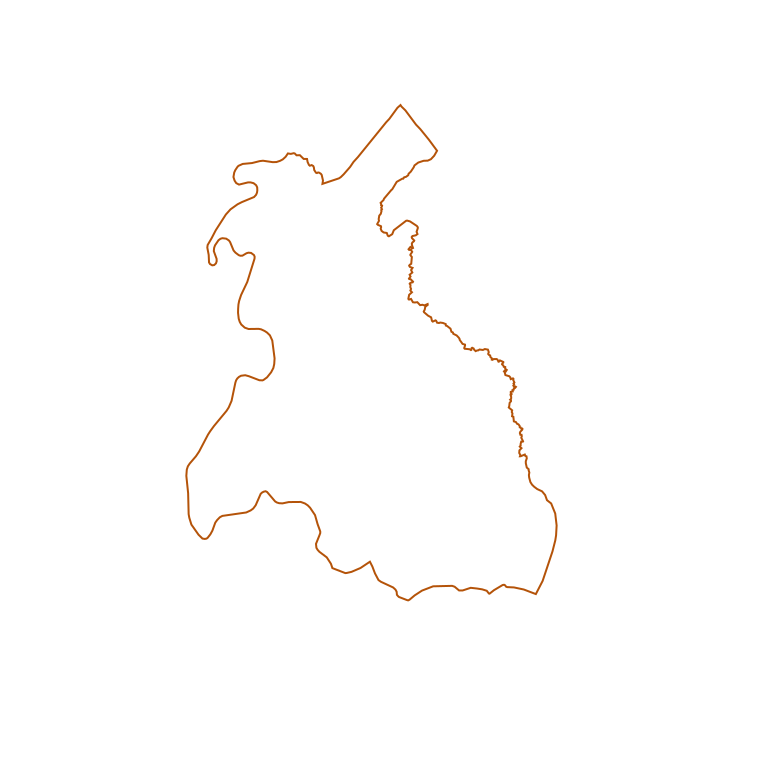 outline of Kho Wang, Yasothon, Thailand, rotated 217°
{"feature_id": "78962969B41182893355114", "entity_name": "Kho Wang", "entity_type": "district", "adm_level": 2, "iso_a3": "THA", "parent_name": "Thailand", "parent_adm1": "Yasothon", "projection": "natural_earth1", "projection_center": [104.347, 15.375], "detail": "fine", "context": "isolated", "style": "outline", "palette": "amber", "viewbox_px": 768, "rotation_deg": 217, "n_neighbors": 0, "source": "geoboundaries", "source_scale": "gbopen_adm2", "svg_char_len": 6166}
<svg xmlns="http://www.w3.org/2000/svg" viewBox="0 0 768 768"><g transform="rotate(217 384 384)"><path d="M538.7,616.7L539.5,612.7L539.3,599.0L539.8,594.2L541.4,549.5L542.0,543.0L541.7,537.0L542.4,527.2L543.0,523.3L543.7,521.2L553.6,506.8L555.2,509.8L559.6,513.5L561.0,513.9L563.2,513.7L564.0,513.2L564.5,512.1L565.5,511.8L568.5,512.9L570.4,514.8L571.7,515.5L573.5,515.3L574.6,513.7L575.8,513.8L578.6,515.3L580.9,517.4L583.6,515.4L588.9,516.1L591.5,514.0L594.0,514.4L595.0,514.0L596.9,511.7L599.5,510.3L599.3,506.3L600.0,502.5L601.3,499.7L603.5,496.5L606.4,494.2L615.0,489.5L617.4,487.2L622.4,481.0L629.3,474.7L631.5,470.7L631.7,469.4L631.5,465.5L630.9,462.8L628.8,458.7L625.7,456.5L622.9,455.5L619.8,456.0L613.9,463.2L611.9,464.7L609.0,465.9L605.7,465.8L603.6,464.7L601.7,462.4L600.6,460.4L600.0,458.1L600.3,455.1L607.0,443.7L609.1,439.4L611.7,431.1L612.3,424.2L610.9,405.5L609.4,396.6L608.5,388.9L607.2,386.6L601.7,381.6L596.9,375.8L595.2,375.1L592.6,375.4L591.2,376.8L590.8,379.2L591.5,381.3L593.0,383.2L599.9,387.7L601.6,390.5L602.4,393.1L602.7,399.2L602.0,401.6L600.8,403.2L597.5,405.1L594.2,405.3L592.3,404.7L584.5,400.1L581.7,399.5L577.5,399.5L575.9,400.0L574.3,401.3L572.5,405.7L571.3,407.3L569.0,408.7L565.4,408.7L563.9,407.8L562.8,406.1L554.6,383.2L551.7,369.1L549.7,363.2L548.1,359.9L545.7,356.2L543.4,353.0L539.3,348.7L536.6,346.8L533.8,345.6L529.1,345.2L525.3,346.4L517.3,352.6L515.1,353.7L511.3,354.5L508.4,354.7L504.4,354.2L499.4,351.5L486.8,338.6L483.7,333.9L482.0,330.2L481.2,325.4L481.4,318.9L482.7,314.6L483.3,313.7L485.8,312.0L496.6,308.9L500.1,307.5L503.1,304.6L504.1,302.4L504.5,300.1L504.3,297.9L503.5,295.6L495.6,278.8L493.9,271.8L493.6,267.8L494.5,248.1L494.4,241.7L494.1,237.7L491.0,218.8L490.7,213.1L491.3,203.6L491.1,200.2L490.0,197.0L486.6,191.7L474.7,178.9L461.7,162.5L459.0,160.0L453.2,155.8L441.4,152.0L436.0,151.3L433.9,152.4L432.7,153.7L432.3,154.9L432.2,159.4L432.8,163.6L435.3,171.7L435.4,174.8L434.9,178.8L433.7,181.4L416.7,198.5L414.4,202.8L413.5,205.8L413.5,209.9L416.4,222.1L416.0,224.1L415.2,225.7L414.0,227.1L412.4,227.4L400.3,224.7L398.2,224.9L396.0,225.7L393.2,227.6L389.0,232.4L379.5,239.7L375.3,241.0L371.9,241.2L368.6,240.7L360.2,237.8L352.8,232.2L346.2,227.9L345.2,226.6L344.5,224.3L342.1,215.4L339.4,212.5L337.2,211.6L334.6,211.1L325.4,211.1L318.2,208.5L314.4,205.9L301.1,209.7L300.1,210.6L296.9,214.4L292.0,223.0L288.3,233.6L283.4,231.2L277.2,227.3L270.4,224.1L267.4,224.2L254.3,227.0L251.1,226.7L248.9,225.7L246.8,223.4L245.0,223.0L243.9,222.9L235.8,225.2L234.5,225.7L233.8,227.1L232.3,233.6L229.3,241.9L223.0,252.0L208.1,263.8L205.6,264.6L199.8,264.3L196.9,266.5L192.1,273.4L186.7,276.6L182.0,279.1L177.5,280.7L174.1,279.8L173.5,280.1L172.1,285.5L168.3,294.8L167.3,295.9L166.3,296.1L164.3,295.6L163.3,296.0L157.7,299.8L148.7,304.0L136.3,307.6L138.8,322.2L148.7,351.7L153.1,362.2L155.5,366.7L161.0,374.9L169.3,383.6L178.6,389.2L183.9,389.3L188.5,392.3L193.2,393.4L198.4,392.3L202.2,392.3L205.2,392.7L208.1,393.8L211.7,396.6L213.5,398.5L214.6,400.7L216.5,402.1L217.2,403.0L219.7,403.2L223.1,406.1L224.3,407.7L225.2,410.5L226.7,412.0L227.9,411.6L229.1,412.4L231.4,408.5L231.9,408.1L232.3,409.3L234.5,410.3L235.9,412.5L235.6,415.5L237.9,415.7L237.9,417.2L238.7,418.1L239.7,420.5L238.4,421.5L238.4,421.9L242.0,423.7L242.5,425.2L243.6,426.2L244.5,425.5L246.0,426.6L246.4,427.9L246.1,430.7L246.4,431.5L246.9,431.6L247.6,431.0L248.7,431.5L249.5,431.1L250.5,432.2L252.4,432.7L253.8,432.3L255.7,433.0L257.8,432.3L261.0,435.7L262.3,435.3L263.7,437.8L265.1,438.5L265.8,440.1L270.2,440.3L270.7,441.8L272.3,444.5L272.2,446.7L272.7,447.3L273.8,447.4L273.6,448.7L274.6,450.2L276.5,451.5L276.5,451.9L275.9,452.2L276.0,452.8L277.3,453.0L278.0,454.0L276.7,455.5L277.7,456.4L277.0,457.5L277.7,458.6L277.0,459.5L276.9,461.1L277.6,461.1L278.6,460.3L279.7,460.5L279.9,462.1L280.9,462.4L280.8,463.7L283.1,464.9L283.7,466.0L284.4,466.1L285.7,464.2L287.2,465.3L288.6,465.6L292.4,464.2L294.7,466.0L295.8,466.3L295.6,467.1L294.3,467.3L294.4,469.1L296.4,469.1L297.4,470.5L298.7,469.8L299.8,470.6L301.5,470.7L301.8,471.3L301.6,472.9L302.0,473.4L305.6,472.6L305.7,470.9L306.0,470.7L308.1,471.8L309.1,471.7L311.4,469.9L311.9,468.6L312.6,468.3L313.3,469.4L315.3,469.6L316.4,470.7L317.8,470.4L318.9,470.7L319.5,472.5L321.7,474.0L324.5,472.6L325.5,470.7L328.5,469.0L329.0,467.5L329.7,467.0L330.6,465.4L332.8,465.7L333.8,466.3L335.4,466.0L335.6,465.4L334.8,463.8L335.0,463.4L336.5,463.3L340.8,460.7L341.6,461.0L342.4,463.5L343.0,464.2L345.4,463.3L350.1,464.8L351.0,465.6L352.2,466.0L355.2,466.5L358.8,465.8L360.0,466.6L361.6,466.3L364.2,468.2L368.6,468.3L369.8,467.9L370.8,469.0L373.7,468.2L376.1,466.9L376.8,465.8L378.5,464.9L380.4,465.9L381.2,465.8L382.6,463.2L383.7,463.3L386.5,465.6L389.9,465.1L395.2,465.4L395.9,465.8L396.2,467.8L397.5,470.5L396.7,473.5L397.3,474.1L399.0,471.1L401.0,470.4L402.6,468.7L406.6,469.4L408.5,467.6L410.1,466.7L413.6,468.2L414.8,466.5L415.3,466.4L415.9,466.8L417.6,470.4L416.9,474.1L419.2,474.5L419.6,476.2L421.3,477.2L422.4,479.0L423.8,479.5L423.8,480.6L422.3,482.5L422.4,483.2L425.8,483.7L427.0,483.0L427.5,483.2L427.5,485.8L429.3,486.7L428.5,490.1L430.9,491.3L431.1,493.9L433.8,493.1L435.1,493.6L435.2,494.7L434.6,496.4L438.2,502.2L440.5,502.8L440.8,503.2L441.0,506.5L443.1,507.3L444.7,506.2L445.5,506.4L445.4,509.3L443.1,509.3L442.7,510.1L445.2,511.7L446.3,512.9L446.5,514.1L446.0,516.1L446.2,516.8L449.4,517.3L450.3,518.0L450.3,519.3L448.1,521.9L447.5,523.9L449.6,525.2L450.7,528.6L451.3,529.5L452.9,530.0L461.1,529.5L463.9,528.4L464.6,527.6L468.7,512.7L467.6,508.6L469.0,504.9L470.2,504.7L472.7,506.3L475.5,504.8L478.0,504.8L480.1,506.0L480.7,507.6L481.4,508.2L484.8,507.4L485.7,507.6L486.2,511.3L487.5,512.5L489.1,515.6L489.0,518.0L490.1,520.7L490.9,521.2L490.8,522.4L492.4,523.1L492.5,524.4L492.9,525.3L494.0,525.1L494.5,526.0L495.7,526.6L495.1,530.6L495.5,532.1L494.9,543.3L494.6,544.4L495.5,553.1L492.9,559.1L492.2,559.6L492.3,561.2L491.1,562.7L490.3,565.3L490.9,566.7L490.4,569.7L490.7,575.0L491.2,576.9L489.9,581.5L486.7,586.1L483.5,588.7L481.8,591.8L481.3,596.5L482.0,602.2L495.1,606.1L508.4,609.4L514.5,610.4L531.6,615.4L537.0,616.1L538.7,616.7Z" fill="none" stroke="#b45309" stroke-width="2"/></g></svg>